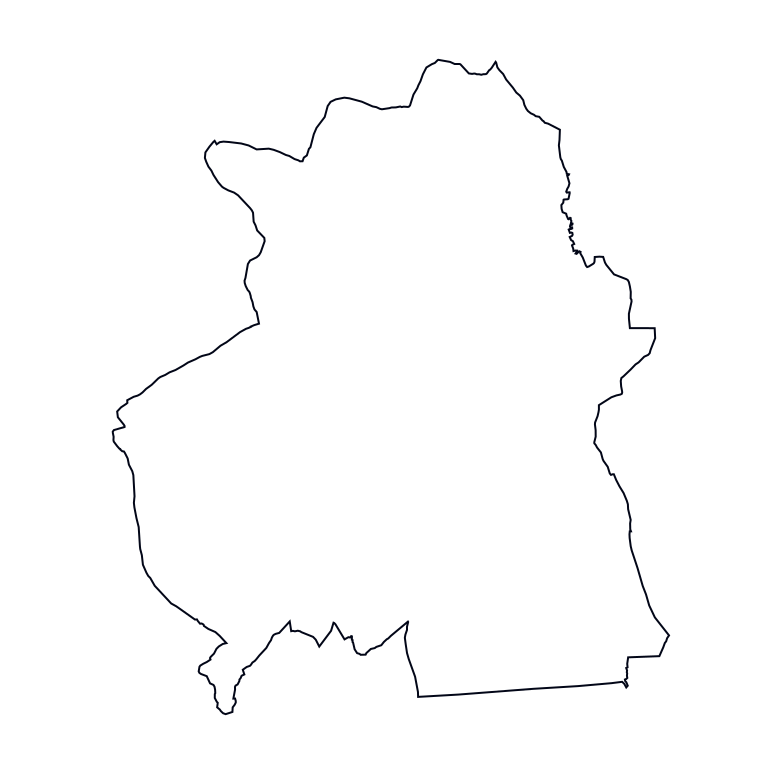 Rosiori, Bacau, Romania (Robinson projection), rotated 266°
{"feature_id": "2599482B59078130680921", "entity_name": "Rosiori", "entity_type": "district", "adm_level": 2, "iso_a3": "ROU", "parent_name": "Romania", "parent_adm1": "Bacau", "projection": "robinson", "projection_center": [27.105, 46.732], "detail": "fine", "context": "isolated", "style": "outline", "palette": "ink", "viewbox_px": 768, "rotation_deg": 266, "n_neighbors": 0, "source": "geoboundaries", "source_scale": "gbopen_adm2", "svg_char_len": 6114}
<svg xmlns="http://www.w3.org/2000/svg" viewBox="0 0 768 768"><g transform="rotate(266 384 384)"><path d="M697.6,517.8L691.9,513.5L690.2,511.8L689.7,510.8L686.5,508.2L686.0,507.2L686.1,504.7L685.7,502.6L686.3,500.7L686.5,498.2L687.3,496.4L687.4,495.5L687.2,493.5L687.9,490.3L697.5,482.6L697.9,481.9L698.3,476.8L700.7,472.4L703.6,460.7L703.4,460.2L700.7,457.1L699.7,454.0L696.8,448.4L690.2,444.4L683.5,441.5L679.5,439.1L676.7,437.8L670.7,433.6L660.1,429.4L659.0,428.3L658.7,427.3L659.3,423.0L659.0,421.0L659.7,419.5L659.1,415.1L659.3,410.7L658.8,408.7L658.2,401.1L658.8,399.1L660.7,395.7L661.7,392.0L667.2,381.5L671.4,369.4L672.4,364.4L671.3,355.7L669.2,350.4L665.2,347.2L654.5,343.5L644.3,334.6L638.1,331.4L625.3,327.1L623.8,325.5L617.4,323.0L615.4,319.8L611.9,318.3L612.0,315.7L613.1,314.2L614.6,310.5L618.1,305.4L619.3,302.1L622.6,296.3L625.3,290.3L626.8,285.5L626.9,273.3L631.4,265.6L633.9,258.3L636.2,246.3L637.0,240.8L636.7,237.0L634.8,233.8L638.4,232.0L637.4,230.7L632.9,226.4L627.5,222.0L622.0,221.1L618.0,222.2L613.1,224.0L608.9,226.7L604.4,228.5L596.9,232.6L592.2,236.1L590.9,237.6L588.0,242.2L585.4,247.8L582.4,251.6L568.8,262.7L566.4,264.3L564.0,265.3L555.0,265.3L551.2,266.9L546.0,268.2L538.1,274.8L534.8,274.9L524.0,270.2L521.2,268.3L519.3,265.8L516.5,259.0L513.2,256.6L499.5,253.2L496.8,252.1L494.5,252.1L491.3,252.9L487.2,254.6L485.5,256.0L484.1,256.5L480.9,257.2L479.5,257.2L474.8,258.6L470.5,259.1L467.4,260.0L464.7,262.0L452.9,263.5L451.8,258.7L450.6,255.2L450.3,255.3L449.4,252.9L448.7,250.2L445.8,244.0L436.7,229.9L433.6,223.6L427.7,215.5L426.0,211.9L424.7,204.7L423.9,202.2L421.8,197.6L419.1,190.0L416.5,185.3L412.5,177.0L410.6,170.9L408.3,166.4L406.6,161.4L405.3,159.2L399.4,152.2L395.7,146.3L392.4,142.5L390.7,139.9L389.6,137.4L388.7,133.4L385.7,126.7L383.1,126.7L382.1,125.4L379.1,120.1L375.2,115.9L369.4,116.2L361.6,121.6L360.2,122.3L359.2,122.2L356.9,111.4L355.4,110.1L354.1,110.1L350.2,110.6L347.0,110.2L345.4,110.4L340.6,113.5L338.0,115.5L337.6,116.3L337.1,116.3L335.2,118.2L334.8,119.9L333.3,120.7L327.6,123.1L321.3,123.9L314.6,126.8L310.6,127.6L289.4,127.3L282.9,126.2L278.3,126.4L267.5,127.7L258.4,129.3L238.9,129.2L236.4,129.3L230.1,130.5L220.5,130.9L212.4,133.8L209.0,135.4L206.8,137.3L198.7,141.2L179.9,156.4L176.7,161.3L162.2,179.0L162.2,181.0L160.8,181.6L157.7,183.8L157.8,185.4L156.9,186.8L156.4,187.3L155.2,187.5L151.9,191.7L148.3,198.5L144.2,202.5L136.5,208.7L135.9,205.0L133.7,200.9L131.5,198.4L126.9,195.6L123.8,192.0L122.7,191.3L121.2,191.7L119.0,187.8L117.5,184.1L115.9,181.1L114.8,180.2L110.2,179.1L108.7,179.7L107.5,181.2L104.9,186.8L97.5,189.6L95.7,192.9L93.9,193.8L90.8,194.2L87.3,194.1L86.5,193.6L82.6,193.3L78.7,195.0L77.6,195.9L73.1,195.0L70.7,197.5L69.1,198.4L66.8,200.5L65.7,203.0L67.4,209.9L72.0,210.5L74.5,212.7L76.6,213.9L78.1,214.0L80.6,213.5L80.7,211.8L89.5,214.1L92.2,214.2L93.5,214.9L94.5,217.0L97.8,219.0L99.3,219.2L100.5,220.4L102.9,221.6L104.0,224.4L108.8,223.2L111.3,227.3L112.2,230.6L113.1,231.6L115.3,233.3L116.7,235.7L118.3,237.4L121.9,240.7L128.9,248.2L133.7,251.3L136.3,253.4L138.9,254.5L140.8,255.8L141.5,256.6L142.3,258.5L143.0,262.1L153.7,273.4L143.9,274.2L144.1,275.8L143.5,277.9L143.9,280.8L143.1,283.2L142.2,284.3L136.7,295.6L133.7,298.1L126.6,301.1L141.5,314.0L149.4,317.0L149.1,317.6L147.7,318.8L132.0,326.8L133.9,330.8L133.5,332.5L134.8,333.7L134.5,334.4L131.1,334.1L130.7,334.8L128.8,334.6L128.3,335.1L121.4,336.2L117.4,338.4L116.5,340.8L115.5,341.8L115.3,346.8L116.8,347.6L120.6,352.4L121.2,356.3L122.3,358.1L123.6,363.1L126.7,365.9L129.2,369.0L129.8,370.4L132.3,373.3L145.3,391.3L144.9,391.5L140.2,390.0L137.1,389.8L132.6,387.9L129.4,387.1L122.8,387.5L114.0,388.2L107.9,389.5L89.8,394.6L74.4,396.4L69.5,396.2L69.0,436.3L69.5,511.6L69.1,556.6L69.7,590.2L70.3,600.8L68.1,602.8L64.4,604.5L66.0,606.1L69.6,604.9L70.8,603.9L72.4,603.7L72.8,605.0L73.8,606.2L76.1,606.0L78.5,606.4L79.5,606.1L81.2,606.5L83.8,605.8L84.4,607.2L87.9,607.1L94.3,608.5L93.3,639.7L101.8,644.2L106.1,646.1L107.6,647.5L110.7,648.7L113.3,650.8L132.3,637.9L144.6,633.1L155.8,630.7L164.5,628.0L182.6,624.1L200.7,619.5L204.9,618.8L213.3,618.3L216.9,618.4L219.9,618.9L219.8,620.1L221.8,619.5L227.8,619.8L231.2,620.6L242.1,618.8L247.0,618.9L250.5,618.1L258.5,615.4L265.4,611.8L272.1,608.9L277.9,607.0L278.0,605.8L277.5,604.1L279.0,603.0L285.8,601.4L292.0,597.6L293.9,596.9L300.6,595.6L305.8,592.1L308.5,590.9L310.1,589.7L311.2,589.7L316.7,591.5L323.2,591.9L329.0,591.6L330.9,591.9L337.0,594.8L340.9,596.0L343.4,596.6L347.9,596.9L354.9,609.9L356.4,615.1L357.0,619.1L357.6,620.5L358.8,621.0L360.1,621.0L365.1,620.4L370.5,620.4L373.4,621.2L374.9,623.4L381.2,631.0L386.0,636.3L387.8,639.5L393.1,645.5L394.6,649.5L396.2,651.2L399.2,652.2L410.8,657.7L420.8,657.9L422.6,633.2L432.0,632.9L437.0,633.2L449.0,636.7L450.9,636.7L452.2,636.0L458.7,636.6L464.2,636.1L468.6,635.4L470.6,634.5L471.6,633.2L477.3,621.1L487.3,614.1L489.8,612.9L495.5,611.5L496.0,607.7L496.0,603.1L491.2,602.5L489.9,601.8L489.3,601.0L486.9,596.4L486.5,594.8L488.0,593.7L496.3,591.1L500.8,588.9L502.1,589.3L502.8,588.0L500.4,585.2L500.8,584.2L502.9,585.8L503.6,585.9L503.8,584.2L503.4,582.3L505.9,582.2L509.1,581.2L509.6,581.5L510.4,583.5L513.3,582.4L514.5,580.7L517.7,579.5L518.7,582.0L519.8,582.6L521.6,582.4L522.0,581.6L521.8,580.0L525.2,579.0L525.6,579.9L525.6,581.5L526.0,582.6L527.1,582.6L527.3,581.0L527.9,580.5L529.3,580.8L529.8,582.9L530.6,583.3L531.0,583.2L531.1,581.6L533.6,582.3L534.9,581.7L536.5,581.8L536.8,581.2L535.5,579.6L535.7,579.2L539.3,577.9L541.2,577.6L542.9,574.2L546.3,573.4L550.1,573.4L552.4,575.5L555.3,576.0L555.5,576.4L555.5,580.2L555.9,581.0L561.6,582.6L562.3,582.5L562.2,579.7L563.1,579.2L565.9,580.4L568.1,581.9L571.3,583.0L579.0,581.3L579.6,582.8L580.3,583.2L580.9,581.0L582.9,580.8L588.0,578.5L594.4,577.0L596.0,576.1L597.9,575.7L609.9,575.1L615.2,576.1L625.4,577.2L632.3,565.8L633.4,562.6L635.2,561.4L635.6,560.6L639.7,557.5L640.6,554.0L642.1,552.4L643.8,549.3L646.3,546.6L648.7,545.1L652.7,543.5L657.4,542.7L662.2,539.7L665.5,536.3L670.7,533.2L679.2,527.1L684.9,524.5L688.9,521.1L691.9,519.2L696.8,518.3L697.6,517.8Z" fill="none" stroke="#020617" stroke-width="2"/></g></svg>